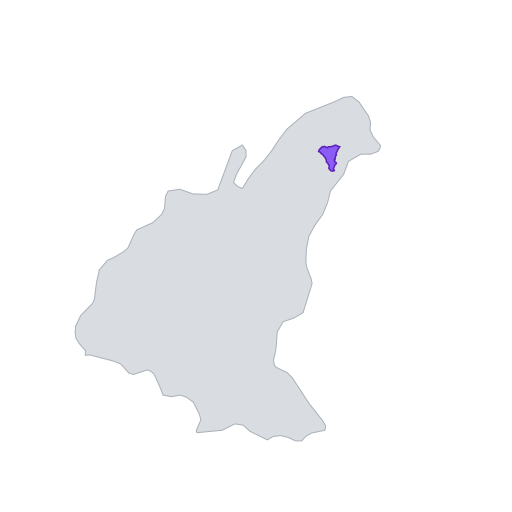 location of Guaymate, La Romana, Dominican Republic, rotated 295°
{"feature_id": "3306468B11940370524112", "entity_name": "Guaymate", "entity_type": "district", "adm_level": 2, "iso_a3": "DOM", "parent_name": "Dominican Republic", "parent_adm1": "La Romana", "projection": "natural_earth1", "projection_center": [-68.971, 18.577], "detail": "fine", "context": "in_parent", "style": "filled", "palette": "violet", "viewbox_px": 512, "rotation_deg": 295, "n_neighbors": 0, "source": "geoboundaries", "source_scale": "gbopen_adm2", "svg_char_len": 4554}
<svg xmlns="http://www.w3.org/2000/svg" viewBox="0 0 512 512"><g transform="rotate(295 256 256)"><path d="M94.1,343.9L94.6,324.2L97.3,316.2L94.9,307.8L83.7,298.9L76.9,287.3L70.9,277.2L72.3,275.7L84.4,275.2L88.7,271.5L97.0,261.0L98.6,252.6L98.0,246.3L92.7,238.7L90.6,230.7L97.2,223.7L105.9,213.5L107.1,209.6L106.9,205.7L96.9,195.0L96.2,190.4L101.0,178.7L100.5,171.0L96.0,146.9L93.8,143.3L98.3,141.3L101.3,134.1L105.2,127.7L110.4,124.3L116.3,122.2L128.0,122.3L144.1,127.9L148.7,127.8L164.3,122.7L177.2,119.9L189.3,123.1L194.2,127.5L204.2,134.4L209.2,136.5L225.0,136.3L229.4,137.0L242.6,148.4L253.8,152.9L260.3,153.1L272.0,148.7L277.7,148.9L284.3,158.7L285.6,172.6L291.1,185.3L299.6,193.4L341.5,190.0L350.8,196.7L347.6,202.2L341.7,205.1L321.8,203.8L313.1,204.5L311.3,210.0L311.3,215.1L322.9,216.3L334.4,218.8L346.0,222.9L357.8,225.7L371.1,227.6L384.3,230.5L406.2,240.5L430.4,263.2L436.8,268.4L441.1,275.5L439.1,284.3L430.5,298.7L425.6,303.3L418.4,306.1L413.5,312.0L408.8,322.0L405.9,322.9L402.5,322.5L396.7,316.8L392.6,308.0L380.9,299.8L367.0,300.9L346.5,296.0L334.1,298.4L321.7,298.9L309.1,296.4L296.3,295.6L283.6,298.7L271.3,303.9L266.7,307.3L258.8,315.5L254.6,318.5L224.5,322.6L215.9,316.6L207.9,308.4L196.3,307.3L179.6,313.6L169.1,315.9L164.8,318.7L163.6,321.8L163.5,333.2L161.1,340.2L144.7,366.5L135.4,385.1L131.6,390.8L127.2,392.1L119.2,381.4L114.1,377.5L107.8,375.6L105.1,369.9L105.2,361.8L103.6,354.0L99.7,347.9L94.1,343.9Z" fill="#d9dde1" stroke="#a8b0b8" stroke-width="1"/><path d="M366.4,284.8L366.1,285.3L365.9,285.5L365.8,285.8L365.6,286.2L365.6,286.5L365.4,286.8L365.2,287.0L365.0,287.3L365.0,287.6L365.0,287.9L365.0,288.3L365.0,288.5L365.0,288.8L365.2,289.2L365.3,289.5L365.5,289.8L365.6,290.1L365.8,290.3L366.0,290.5L366.4,290.8L366.6,290.8L366.8,290.8L367.0,290.7L367.1,290.1L367.2,289.8L367.3,289.7L367.5,289.5L367.9,289.3L368.0,289.2L368.3,289.2L368.6,289.2L370.2,289.2L370.7,289.2L370.8,289.2L371.0,289.1L371.3,289.0L371.4,288.9L371.5,288.9L371.8,288.9L372.0,288.9L372.1,289.0L372.3,289.2L372.4,289.3L372.5,289.4L372.6,289.5L372.8,289.5L373.3,289.6L373.8,289.7L374.1,289.6L374.3,289.5L374.4,289.3L374.5,289.2L374.6,288.7L374.6,287.7L374.7,287.4L374.8,287.3L374.9,287.2L375.4,287.2L375.6,287.2L375.8,287.0L375.8,286.7L376.0,286.4L376.3,286.3L376.5,286.3L376.8,286.7L377.0,286.8L377.4,286.8L377.5,286.8L377.6,286.7L377.8,286.5L377.9,286.4L378.0,286.3L378.2,286.2L378.3,286.2L379.0,286.2L379.4,286.1L379.7,286.0L380.0,285.9L380.3,285.9L380.6,285.9L380.9,286.0L381.2,286.2L381.4,286.2L381.5,286.2L381.8,286.1L381.9,285.9L382.1,285.7L382.3,285.4L382.5,285.3L382.7,285.2L382.8,285.2L388.2,285.3L388.4,285.3L388.6,285.4L388.8,285.5L389.0,285.6L389.3,285.6L390.0,285.6L390.4,285.7L390.3,285.1L390.2,284.4L390.0,284.0L390.0,283.9L390.0,283.7L390.2,283.2L390.2,282.9L390.2,282.7L390.2,282.3L390.2,282.0L390.2,281.7L390.1,281.4L389.8,281.1L389.7,280.9L389.6,280.5L389.5,280.4L389.4,280.3L389.1,280.2L388.6,279.9L388.3,279.5L388.2,279.4L387.8,279.1L387.7,279.0L387.6,278.8L387.4,278.4L387.2,278.1L387.0,277.9L386.5,277.5L386.4,277.4L386.3,277.2L386.3,276.9L386.1,276.5L386.0,276.2L385.8,275.9L385.7,275.5L385.6,275.4L385.4,275.3L385.4,275.2L385.2,275.2L384.6,275.2L384.4,275.1L384.2,274.8L384.2,274.6L384.2,273.1L384.3,272.6L384.4,272.3L384.4,272.2L384.3,271.8L383.9,271.3L383.8,271.2L383.6,271.1L383.3,270.8L383.3,270.5L383.3,270.4L383.3,270.2L383.2,270.2L382.8,269.9L382.7,269.8L382.4,269.6L381.8,269.2L381.6,269.3L381.4,269.4L381.2,269.4L380.9,269.3L380.8,269.2L380.5,268.9L380.3,268.8L380.1,268.7L379.8,268.7L379.7,268.6L379.3,268.4L379.0,268.4L378.9,268.4L378.8,268.5L378.5,268.6L378.4,268.6L378.1,268.7L377.9,268.6L377.7,268.5L377.5,268.4L377.4,268.4L377.3,268.5L377.2,268.5L377.0,268.9L377.0,269.0L377.1,269.3L377.2,269.6L377.2,269.8L377.2,270.0L377.1,270.4L377.1,270.5L377.0,270.9L376.9,271.1L376.7,271.3L376.5,271.5L376.4,271.6L376.4,272.1L376.4,272.3L376.2,272.7L376.2,272.8L376.1,273.0L376.1,273.6L376.0,273.8L375.9,274.1L375.8,274.3L375.7,274.5L375.4,274.9L375.3,275.1L375.1,275.4L375.0,275.8L374.8,276.1L374.7,276.5L374.5,276.9L374.3,277.1L374.0,277.5L373.8,277.7L373.8,277.8L373.6,278.1L373.5,278.3L373.2,278.6L373.0,278.9L372.9,279.0L372.5,279.2L372.2,279.4L372.0,279.5L371.9,279.5L371.7,279.6L371.4,279.9L371.3,280.0L371.0,280.2L370.9,280.3L370.7,280.6L370.7,281.3L370.6,281.6L370.4,281.9L370.3,282.0L370.1,282.2L370.0,282.3L369.9,282.4L369.8,282.6L369.7,282.8L369.4,283.3L369.1,283.6L368.6,284.2L368.4,284.3L368.0,284.5L367.7,284.7L367.5,284.8L367.3,284.8L366.4,284.8Z" fill="#8b5cf6" stroke="#5b21b6" stroke-width="1.5"/></g></svg>